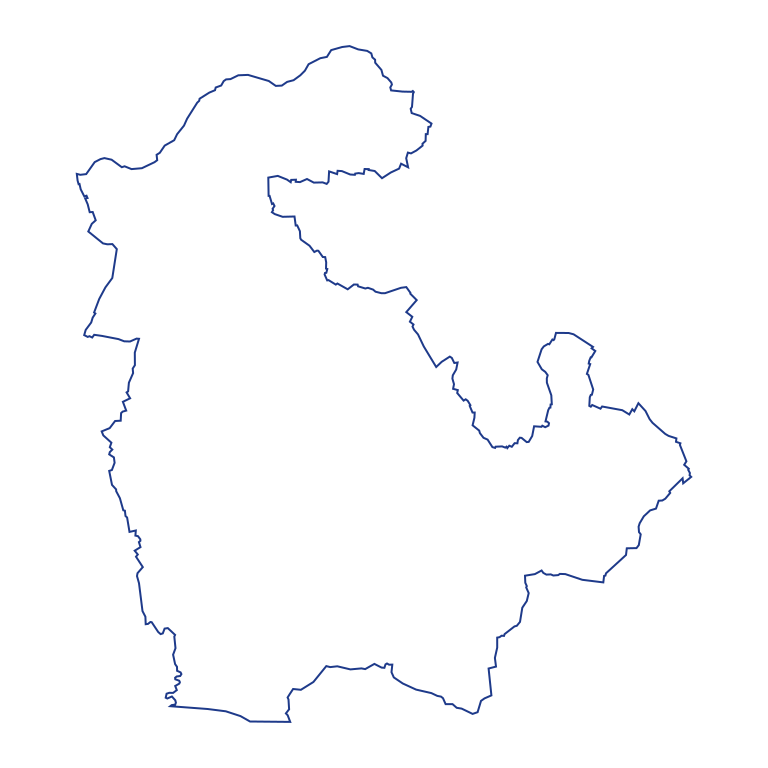 Wiset Chai Chan, Ang Thong, Thailand (orthographic projection), rotated 90°
{"feature_id": "78962969B38552954370862", "entity_name": "Wiset Chai Chan", "entity_type": "district", "adm_level": 2, "iso_a3": "THA", "parent_name": "Thailand", "parent_adm1": "Ang Thong", "projection": "orthographic", "projection_center": [100.305, 14.571], "detail": "fine", "context": "isolated", "style": "outline", "palette": "blue", "viewbox_px": 768, "rotation_deg": 90, "n_neighbors": 0, "source": "geoboundaries", "source_scale": "gbopen_adm2", "svg_char_len": 6108}
<svg xmlns="http://www.w3.org/2000/svg" viewBox="0 0 768 768"><g transform="rotate(90 384 384)"><path d="M695.4,276.6L668.5,279.4L666.6,272.0L657.9,273.1L647.6,270.8L637.6,270.8L637.2,268.5L635.7,266.4L635.9,264.0L634.1,263.4L626.4,253.5L625.8,251.2L621.9,248.0L607.7,245.7L601.0,241.2L593.1,239.3L587.4,241.8L586.1,241.2L582.8,242.7L575.7,243.0L574.1,233.1L570.5,226.4L572.9,224.7L574.6,221.6L574.4,217.2L575.5,214.7L575.1,209.8L573.9,208.1L574.1,202.7L579.8,185.7L582.4,164.7L575.9,163.9L575.6,162.6L573.3,162.0L555.0,142.0L548.3,141.2L548.1,131.5L545.1,129.2L534.3,127.3L532.1,129.0L526.7,129.4L523.2,128.3L516.3,124.2L510.4,117.9L508.6,112.0L500.7,109.3L500.5,105.7L498.7,102.7L492.9,97.8L491.3,98.7L478.3,85.4L483.3,84.8L476.9,76.8L475.3,78.4L473.0,78.1L469.8,79.8L468.8,79.2L464.8,83.8L461.3,81.6L444.9,88.1L443.3,87.6L441.8,92.0L438.4,91.6L435.9,99.4L433.9,102.8L422.8,115.5L419.1,118.4L411.0,122.5L403.2,129.6L411.3,133.7L409.2,135.7L414.5,138.7L410.2,145.7L406.5,165.9L408.7,167.5L405.0,175.8L406.7,177.2L405.9,178.7L397.2,178.2L394.9,177.2L394.7,176.1L389.5,174.8L374.9,179.6L373.9,181.1L364.1,177.8L363.6,179.3L360.7,178.7L357.3,177.3L357.4,176.6L351.0,172.7L348.3,176.4L346.9,175.0L334.3,194.4L333.0,199.3L332.9,212.0L339.3,213.7L340.1,214.4L339.5,215.6L344.3,218.7L343.9,220.0L346.4,224.2L349.3,226.4L361.9,230.5L369.3,226.2L371.9,222.7L375.2,220.3L378.4,221.2L382.7,221.1L395.3,216.7L404.3,216.2L404.5,217.4L407.6,217.6L407.8,218.6L410.2,219.8L421.4,222.5L421.7,220.6L423.2,219.0L425.6,219.5L427.2,222.8L425.7,225.7L426.8,226.5L426.3,233.9L436.0,235.8L441.9,239.3L442.1,241.3L437.9,246.4L437.7,248.2L440.1,250.1L443.3,250.6L443.2,253.4L446.8,256.2L445.7,258.7L448.1,260.7L446.7,261.5L447.6,262.7L446.4,265.9L446.7,272.4L447.9,272.9L447.1,275.6L439.6,280.4L437.8,284.5L433.1,288.1L430.6,288.8L425.3,295.4L417.8,293.6L412.5,293.3L412.5,295.5L405.9,298.3L405.2,297.6L400.8,300.3L399.3,302.3L400.6,304.4L393.0,310.8L390.1,310.2L388.8,314.9L384.2,314.0L378.6,315.6L375.3,315.2L369.5,311.8L362.5,310.4L363.0,313.7L357.9,316.2L356.6,318.2L361.8,326.3L367.0,331.8L346.5,344.2L334.4,350.0L329.8,353.9L326.6,355.5L324.5,354.5L321.7,358.1L316.8,355.7L312.1,361.7L300.1,351.3L293.7,357.7L292.8,357.6L287.1,361.7L287.8,367.0L293.2,383.0L293.2,386.6L291.7,392.5L289.6,394.9L287.8,400.1L288.5,402.7L286.3,409.9L284.6,410.4L284.5,414.1L289.3,420.3L283.5,430.6L284.6,432.2L280.1,439.5L280.4,440.8L274.5,443.4L273.0,443.0L272.8,441.7L269.0,440.7L268.6,442.0L262.4,441.8L257.1,442.8L257.0,445.2L250.8,449.6L250.6,451.0L252.0,453.7L245.7,458.5L239.8,466.8L238.3,467.7L231.2,468.1L225.4,470.8L225.5,472.3L216.5,473.5L216.8,485.4L214.1,493.2L212.2,496.1L210.2,494.9L208.8,495.4L206.0,493.5L203.4,494.8L204.0,496.0L195.9,498.4L195.9,499.4L177.6,499.7L175.9,490.2L179.6,481.0L182.2,477.3L179.9,476.8L179.7,472.1L181.8,472.3L182.1,468.0L179.0,461.0L182.6,454.2L182.4,445.3L183.9,441.3L181.7,439.5L171.4,438.9L174.1,430.9L170.8,430.4L171.1,426.1L174.5,417.8L174.8,413.1L173.6,412.8L173.1,409.3L173.9,404.3L169.0,403.4L169.1,399.3L170.0,399.4L171.0,393.3L178.2,386.0L172.5,377.2L168.6,368.9L163.7,366.9L167.3,359.9L158.2,361.8L152.6,360.1L153.4,357.0L150.5,351.6L145.6,345.4L143.7,345.5L140.9,342.4L134.1,342.2L134.1,340.4L126.9,339.6L126.6,337.6L123.6,336.5L115.9,347.9L113.1,356.3L108.8,357.3L106.9,356.0L93.7,355.0L92.1,354.2L91.0,355.2L91.8,356.4L91.6,365.4L90.4,376.9L87.4,377.7L84.6,376.1L82.5,376.7L78.1,380.5L75.7,385.0L69.9,386.6L62.7,392.8L59.7,392.9L57.4,395.6L53.4,396.7L50.9,400.8L49.4,409.8L46.1,418.4L47.0,425.8L50.1,436.8L56.9,441.1L58.2,447.7L64.2,459.4L70.7,463.1L75.3,467.7L80.2,474.4L81.9,480.9L85.6,486.2L85.9,492.2L81.0,499.2L74.9,520.0L75.3,529.7L79.1,537.5L79.4,541.9L81.1,544.3L85.5,546.8L87.5,552.3L90.2,553.0L92.6,558.7L98.7,568.4L100.8,568.8L102.7,570.8L118.7,580.9L125.6,584.0L134.2,590.9L140.2,593.8L145.6,603.3L152.8,608.2L154.8,611.4L160.2,610.8L162.2,613.5L168.2,626.1L169.1,636.5L166.3,643.4L167.2,646.2L159.7,656.4L158.1,663.6L159.1,667.5L162.1,673.3L174.1,681.8L174.8,687.7L173.9,691.2L180.6,690.4L184.2,689.4L184.0,688.5L189.3,687.3L196.4,683.7L195.7,681.5L198.0,680.5L198.5,682.8L204.3,680.3L212.2,678.3L212.0,675.3L220.3,672.3L223.8,676.2L231.5,679.7L243.4,665.0L244.3,660.7L244.1,655.6L249.1,651.2L278.0,655.7L287.4,662.6L299.0,668.8L312.5,673.9L313.5,672.6L317.6,675.3L322.5,676.8L329.9,682.3L335.1,683.8L336.9,680.3L336.2,678.5L337.5,675.8L334.8,673.8L335.9,666.1L339.1,649.5L341.3,643.8L341.5,638.0L338.6,631.4L338.8,629.0L352.6,633.2L365.2,633.1L368.6,635.3L373.1,634.9L382.7,639.1L391.4,639.9L392.4,641.4L398.3,637.9L401.8,645.1L410.6,641.8L411.6,645.3L413.1,646.9L420.7,647.3L421.0,652.9L428.1,658.3L431.4,666.3L435.4,664.7L442.7,656.6L447.2,658.2L449.6,655.7L452.1,658.2L454.4,658.8L457.4,654.1L462.8,653.4L470.0,656.1L470.9,658.8L484.9,656.0L489.4,651.9L491.2,651.8L498.2,648.1L510.3,644.7L510.7,643.1L516.0,642.5L517.5,640.9L531.9,638.5L530.5,632.2L535.6,632.6L536.2,630.0L539.3,627.7L540.8,627.6L542.1,629.1L547.1,627.5L550.7,633.3L554.5,630.2L556.7,632.0L567.1,625.2L573.2,630.5L576.1,631.0L583.2,629.0L611.1,625.5L616.7,622.6L624.2,622.3L623.9,620.0L622.0,617.6L622.2,616.3L632.0,609.8L634.1,607.4L633.4,605.2L628.6,603.4L628.1,600.2L634.9,592.9L636.6,593.7L648.2,592.5L654.7,594.9L664.1,592.9L666.8,591.0L670.8,590.9L672.4,587.4L674.1,586.6L676.0,587.8L676.5,591.4L677.8,592.9L679.3,592.7L680.7,588.8L682.2,588.1L683.6,588.7L686.0,592.8L690.1,591.2L692.9,594.9L692.8,598.7L693.7,601.4L697.7,602.3L698.5,600.7L696.5,596.1L700.3,592.7L702.7,592.1L704.6,592.8L705.1,596.3L706.2,597.7L709.0,560.4L711.3,542.2L716.1,527.5L721.5,518.0L721.9,477.8L715.3,480.3L713.4,482.1L709.3,478.9L699.5,479.5L697.5,480.4L694.3,478.4L689.0,474.9L689.8,467.1L682.0,454.6L666.1,441.7L667.1,437.8L666.3,430.7L669.4,417.6L668.4,406.6L669.1,402.8L663.9,393.6L667.6,386.4L667.8,383.6L664.4,382.5L663.5,381.0L664.7,378.9L664.6,375.7L672.2,376.5L677.4,374.2L683.5,365.2L689.6,351.9L693.1,336.6L695.9,330.7L696.6,327.0L698.2,325.0L704.1,322.4L704.1,315.5L707.8,311.3L708.6,306.4L713.9,295.4L712.2,290.4L700.9,287.0L698.4,283.5L695.4,276.6Z" fill="none" stroke="#1e3a8a" stroke-width="2"/></g></svg>